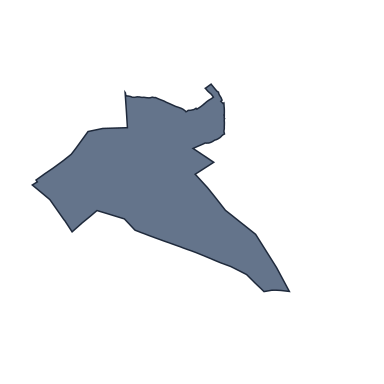 San Jerónimo Tlacochahuaya, Oaxaca, Mexico (Natural Earth projection), rotated 124°
{"feature_id": "50627088B1648916665378", "entity_name": "San Jerónimo Tlacochahuaya", "entity_type": "district", "adm_level": 2, "iso_a3": "MEX", "parent_name": "Mexico", "parent_adm1": "Oaxaca", "projection": "natural_earth1", "projection_center": [-96.569, 17.019], "detail": "fine", "context": "isolated", "style": "filled", "palette": "slate", "viewbox_px": 384, "rotation_deg": 124, "n_neighbors": 0, "source": "geoboundaries", "source_scale": "gbopen_adm2", "svg_char_len": 3571}
<svg xmlns="http://www.w3.org/2000/svg" viewBox="0 0 384 384"><g transform="rotate(124 192 192)"><path d="M146.9,303.1L161.8,291.5L174.8,281.5L189.2,301.5L200.0,312.0L220.4,312.7L223.9,312.9L228.3,313.2L239.0,316.6L250.1,320.6L258.8,324.1L269.3,328.0L270.1,325.9L270.4,326.0L270.7,326.1L271.4,326.5L271.6,326.6L271.9,326.7L272.2,326.8L272.4,326.9L272.7,327.1L273.0,327.2L273.6,327.5L273.9,327.6L274.2,327.7L274.5,327.9L274.8,328.0L275.1,328.1L275.5,328.3L277.8,305.6L286.6,282.6L287.1,280.8L287.2,280.7L292.1,269.1L279.1,265.8L271.8,263.6L267.7,262.4L264.8,261.6L260.5,260.4L260.5,260.2L260.3,259.7L257.7,251.4L254.6,241.2L252.1,233.0L253.4,227.2L255.4,218.5L255.5,217.8L254.7,214.4L254.2,212.0L253.2,208.0L252.1,203.1L251.1,199.1L250.9,198.3L250.7,197.4L248.8,189.8L248.5,188.5L247.6,185.1L245.0,175.0L244.6,173.4L244.0,171.2L243.3,168.0L242.2,163.6L241.2,159.9L240.0,154.9L239.0,150.2L237.1,140.9L235.8,134.1L234.6,128.3L232.1,118.2L229.9,100.6L232.2,88.7L233.3,82.1L234.3,76.6L228.8,70.9L226.4,67.4L223.9,63.2L220.0,55.7L207.3,79.8L191.5,115.6L189.8,137.4L189.1,145.9L188.5,154.1L183.4,169.8L179.7,181.7L175.5,199.3L155.2,190.6L155.3,215.5L151.1,212.9L145.2,209.1L144.9,209.1L144.7,208.9L144.2,208.6L143.9,208.3L143.5,207.5L142.9,206.7L142.5,206.1L141.9,205.4L140.8,204.5L139.9,203.9L138.5,203.1L137.0,202.5L136.4,202.2L135.8,201.8L135.4,201.4L134.7,200.9L133.3,200.1L132.3,199.7L131.5,199.3L131.1,199.2L130.7,199.1L130.4,199.0L129.9,198.9L129.4,198.8L128.9,198.8L128.3,198.6L127.6,198.4L127.0,198.2L126.1,197.7L125.8,197.5L125.0,198.2L124.7,198.7L124.5,198.9L123.7,199.5L122.5,200.2L122.1,200.3L121.0,200.9L120.6,201.2L120.4,201.4L120.2,201.5L119.9,201.7L119.6,201.9L119.4,202.0L119.2,202.2L118.9,202.3L118.6,202.5L118.3,202.7L118.0,202.9L117.9,203.0L117.7,203.1L117.4,203.2L117.1,203.5L116.8,203.7L116.4,204.0L115.9,204.2L115.6,204.6L115.4,204.7L115.3,204.8L115.2,204.9L114.9,205.1L114.7,205.3L114.2,205.5L113.6,205.9L113.3,206.1L113.0,206.1L112.8,206.1L112.7,206.4L112.6,206.5L112.5,206.8L112.3,206.9L112.2,207.0L111.9,207.2L111.6,207.3L111.3,207.5L111.1,207.6L110.8,207.8L110.8,208.1L110.6,208.3L110.5,208.0L110.2,208.2L108.1,209.6L107.9,209.7L105.6,211.3L104.5,212.1L103.3,213.1L100.5,215.2L100.3,215.4L101.3,215.8L101.1,216.7L101.0,217.2L100.9,217.6L100.7,218.8L99.1,218.4L98.6,219.0L98.1,219.9L97.8,220.2L97.6,220.6L97.1,221.6L96.2,223.7L95.7,224.4L95.4,224.9L94.4,225.9L94.5,227.7L94.3,228.4L93.5,231.2L92.5,234.5L92.0,236.3L91.9,236.5L93.0,236.9L95.5,237.8L96.6,238.2L98.0,238.7L98.6,239.0L99.0,237.3L99.5,235.6L99.8,233.8L100.0,232.0L100.1,231.2L100.2,230.6L100.4,230.1L100.6,229.4L100.9,228.5L101.1,228.1L101.4,227.3L101.7,227.4L102.1,227.5L103.2,227.9L103.7,228.1L104.4,228.4L105.4,228.9L106.2,229.3L106.5,229.4L106.9,229.5L107.2,229.7L107.8,229.9L108.1,230.0L108.6,230.2L109.3,230.4L110.0,230.6L110.8,230.8L111.8,231.1L112.3,231.3L112.4,231.2L112.8,231.3L113.3,231.5L114.6,231.9L115.9,232.3L116.9,232.7L117.6,233.0L118.4,233.3L119.7,233.9L120.6,234.3L120.3,235.5L121.7,236.1L122.5,236.5L122.9,236.8L123.8,237.7L124.9,238.7L126.1,240.3L126.4,240.8L127.4,241.1L128.5,241.6L128.9,241.9L128.6,242.7L128.4,245.4L128.6,247.5L129.4,250.7L130.2,253.4L131.3,260.0L132.0,263.6L132.2,265.9L133.5,271.6L134.1,275.1L134.8,276.0L135.6,278.0L137.2,279.3L138.1,280.4L139.3,282.6L140.4,284.9L141.5,286.3L142.1,287.5L142.5,288.6L143.2,289.7L143.7,290.6L144.5,291.4L145.6,292.5L146.4,293.8L146.8,294.4L147.1,295.9L147.3,296.6L147.9,298.0L148.3,299.0L148.9,299.7L148.8,300.7L148.4,301.5L147.1,302.6L146.9,303.1Z" fill="#64748b" stroke="#1e293b" stroke-width="1.5"/></g></svg>